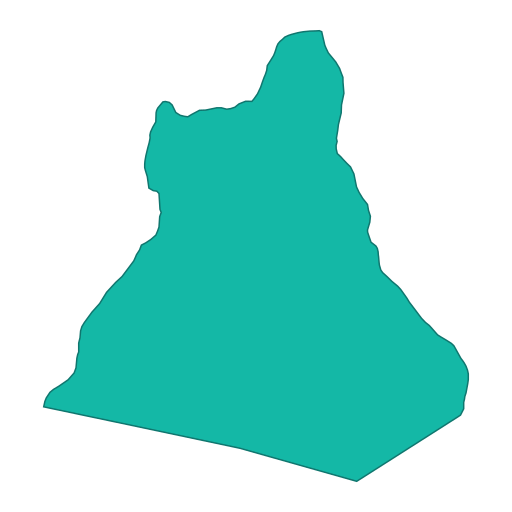 the district of Shompangkha, Geylegphug, Bhutan
{"feature_id": "84629894B15779326704479", "entity_name": "Shompangkha", "entity_type": "district", "adm_level": 2, "iso_a3": "BTN", "parent_name": "Bhutan", "parent_adm1": "Geylegphug", "projection": "mercator", "projection_center": [90.287, 26.878], "detail": "fine", "context": "isolated", "style": "filled", "palette": "teal", "viewbox_px": 512, "rotation_deg": 0, "n_neighbors": 0, "source": "geoboundaries", "source_scale": "gbopen_adm2", "svg_char_len": 2341}
<svg xmlns="http://www.w3.org/2000/svg" viewBox="0 0 512 512"><path d="M321.7,31.7L319.3,30.7L316.2,30.9L313.1,31.0L309.9,31.1L306.8,31.4L303.7,31.7L300.6,32.2L297.6,32.8L294.5,33.6L291.5,34.4L288.5,35.4L284.8,37.1L282.4,39.4L280.0,41.4L278.0,43.8L276.7,46.7L275.8,49.7L274.8,52.7L273.6,55.6L270.2,61.1L267.3,65.6L266.7,70.4L265.4,74.4L264.1,77.4L262.6,81.5L260.7,87.1L257.5,93.9L253.9,99.0L251.9,101.4L248.8,101.3L245.5,101.3L239.0,103.9L234.9,107.2L230.7,108.6L226.7,109.2L221.4,107.8L216.8,107.8L205.6,110.1L199.5,110.3L191.4,114.6L187.8,116.8L184.3,116.3L180.2,115.3L175.8,112.5L172.1,104.9L169.3,102.4L165.3,101.5L162.9,101.9L157.8,108.0L156.6,110.5L156.1,112.8L155.8,121.9L152.8,127.1L150.6,131.9L149.9,135.1L150.1,138.0L149.2,142.7L147.8,147.8L147.0,151.1L145.9,155.7L145.0,160.8L144.7,164.0L144.7,167.6L145.4,170.4L147.3,176.6L148.9,188.1L153.2,190.6L156.8,191.2L159.0,193.5L160.0,209.4L161.2,212.5L159.7,216.6L159.5,219.6L159.0,227.1L157.5,231.3L155.9,235.1L150.8,239.5L145.7,242.9L141.4,245.1L139.6,249.9L136.5,254.7L135.5,257.1L133.8,260.9L122.1,276.5L115.7,282.4L106.6,292.3L99.7,303.5L92.0,312.1L84.4,322.5L81.9,326.6L80.6,330.8L80.0,337.8L78.7,343.1L78.7,352.0L77.7,354.5L76.9,358.1L76.0,367.9L74.1,373.0L68.1,379.8L58.7,386.3L53.5,389.4L50.0,392.3L46.3,397.9L44.9,401.4L43.7,406.8L50.6,408.3L115.7,422.0L239.7,448.2L356.7,481.3L458.1,416.7L460.5,415.1L463.7,408.8L463.7,402.3L464.5,399.0L464.8,396.6L466.0,392.9L467.7,383.8L468.3,379.6L468.3,373.9L467.5,370.2L466.0,366.2L464.1,362.8L462.6,360.6L460.9,358.4L453.9,345.8L451.4,343.4L446.0,340.0L441.1,337.1L437.6,334.9L432.6,329.2L429.3,325.5L425.5,322.5L421.5,318.3L417.8,313.4L415.4,310.2L413.2,307.3L409.3,302.2L406.9,298.2L405.5,296.2L400.8,289.6L397.7,286.2L391.9,281.4L387.1,276.7L382.6,272.6L380.8,270.0L379.4,265.1L379.1,262.7L378.8,259.4L378.6,257.0L378.3,254.7L378.1,251.8L377.3,248.4L375.9,246.0L371.0,242.2L368.8,235.8L367.6,232.2L367.5,229.9L369.8,222.2L370.4,216.3L368.5,210.4L367.5,204.5L362.7,198.4L359.0,192.3L356.5,186.9L353.9,173.9L350.5,166.9L346.8,163.3L343.1,159.4L340.6,156.6L337.3,153.6L336.2,148.9L336.1,145.4L337.1,141.4L336.4,138.3L337.7,130.5L338.4,124.6L341.2,112.9L341.5,104.9L343.9,93.3L343.0,82.2L342.9,77.3L340.9,72.1L339.6,68.5L335.7,61.9L328.3,52.9L326.1,48.3L324.8,45.2L321.7,31.7Z" fill="#14b8a6" stroke="#0f766e" stroke-width="1.5"/></svg>